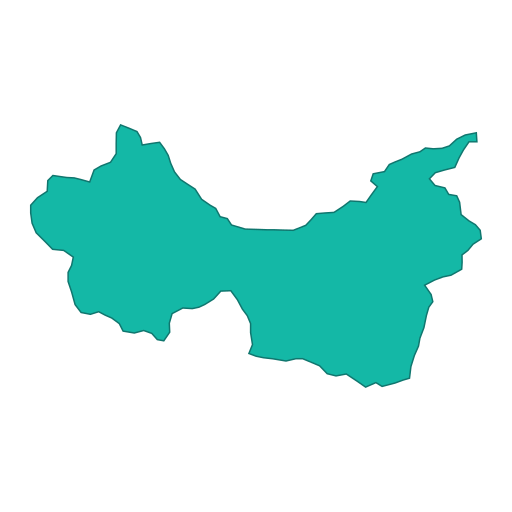 outline of Franco da Rocha, São Paulo, Brazil
{"feature_id": "56859067B24689122689137", "entity_name": "Franco da Rocha", "entity_type": "district", "adm_level": 2, "iso_a3": "BRA", "parent_name": "Brazil", "parent_adm1": "São Paulo", "projection": "orthographic", "projection_center": [-46.732, -23.313], "detail": "fine", "context": "isolated", "style": "filled", "palette": "teal", "viewbox_px": 512, "rotation_deg": 0, "n_neighbors": 0, "source": "geoboundaries", "source_scale": "gbopen_adm2", "svg_char_len": 2062}
<svg xmlns="http://www.w3.org/2000/svg" viewBox="0 0 512 512"><path d="M409.5,378.2L410.9,366.6L414.4,355.4L418.5,346.1L419.9,338.2L423.9,327.7L426.4,315.5L428.8,307.2L432.8,301.7L431.1,294.5L424.6,285.2L434.6,280.0L442.9,276.9L451.0,275.2L461.7,269.2L462.1,262.4L462.0,254.9L467.9,250.4L473.0,244.2L481.3,238.8L480.2,230.3L475.4,224.7L469.0,220.9L461.1,214.6L459.6,202.2L456.7,195.8L448.7,194.4L444.9,187.9L435.0,185.5L429.4,178.8L435.3,172.7L444.5,170.0L454.8,167.4L459.1,157.8L463.4,150.0L469.0,141.8L476.9,141.8L476.3,132.8L465.2,135.0L456.7,139.2L449.4,145.9L442.1,148.3L433.3,148.8L425.4,148.0L419.9,151.8L411.6,154.0L402.0,159.2L395.2,161.9L389.3,164.5L384.5,171.6L373.2,173.8L370.8,180.9L377.4,186.6L371.1,195.2L366.0,202.5L359.5,201.5L350.2,201.0L343.3,206.3L334.0,212.4L324.6,213.0L316.3,213.7L311.0,219.8L305.8,225.3L293.3,230.3L283.4,230.1L273.6,229.8L267.0,229.8L258.9,229.5L245.2,229.1L231.5,225.0L227.3,218.6L220.1,216.7L215.7,208.4L210.1,205.2L201.6,199.3L195.1,189.1L187.2,184.0L180.4,179.5L174.5,171.9L170.7,163.3L168.2,155.4L164.4,148.8L159.6,142.3L151.1,143.5L142.2,145.0L140.5,137.5L137.0,131.6L130.9,129.0L120.6,124.9L116.4,132.8L116.2,143.5L116.2,153.7L110.5,162.3L101.0,166.0L94.1,170.0L89.7,182.0L80.7,179.5L74.2,177.9L66.7,177.5L59.7,176.5L52.9,175.5L47.8,180.6L47.2,191.3L37.5,197.7L30.7,205.2L30.7,213.0L32.1,223.2L36.2,232.8L45.1,241.6L52.6,249.3L63.7,250.4L73.3,257.1L71.6,265.4L68.1,272.4L68.1,281.5L71.6,291.9L75.1,304.6L81.1,312.5L90.4,314.3L98.7,311.7L105.1,315.1L111.7,318.0L119.3,323.6L123.1,331.1L134.3,333.0L143.7,330.5L151.8,333.4L157.3,339.6L163.8,340.8L169.7,332.2L169.3,323.2L172.1,313.6L182.8,308.0L192.3,308.6L198.9,307.2L204.7,304.5L213.6,299.0L220.8,291.1L230.8,290.7L237.4,299.7L242.4,309.1L247.3,315.7L250.6,323.6L250.6,332.6L252.5,344.6L248.9,353.5L256.1,356.2L263.4,357.7L272.9,358.8L286.0,361.0L295.9,358.7L302.7,358.7L319.6,365.8L327.2,373.7L336.0,375.9L346.3,374.0L357.3,381.3L365.6,387.1L375.9,382.6L382.1,386.4L395.1,383.0L403.3,380.0L409.5,378.2Z" fill="#14b8a6" stroke="#0f766e" stroke-width="1.5"/></svg>